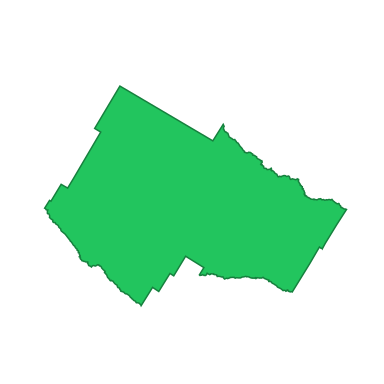 Rauch, Buenos Aires, Argentina, rotated 258°
{"feature_id": "61730980B69505463407693", "entity_name": "Rauch", "entity_type": "district", "adm_level": 2, "iso_a3": "ARG", "parent_name": "Argentina", "parent_adm1": "Buenos Aires", "projection": "mercator", "projection_center": [-59.036, -36.602], "detail": "fine", "context": "isolated", "style": "filled", "palette": "green", "viewbox_px": 384, "rotation_deg": 258, "n_neighbors": 0, "source": "geoboundaries", "source_scale": "gbopen_adm2", "svg_char_len": 5908}
<svg xmlns="http://www.w3.org/2000/svg" viewBox="0 0 384 384"><g transform="rotate(258 192 192)"><path d="M310.6,143.5L274.4,110.0L269.6,115.2L230.1,79.1L221.7,71.2L226.7,65.6L212.3,52.1L213.4,50.9L206.8,44.5L206.1,45.3L204.9,45.7L204.3,47.2L203.8,46.7L201.3,46.1L200.7,46.4L200.6,47.1L200.2,47.5L198.8,47.8L197.3,47.6L196.7,47.3L194.6,48.7L194.3,49.3L193.9,49.4L193.3,50.1L192.3,49.7L191.3,49.9L190.8,50.6L190.8,50.9L190.6,51.8L190.1,52.0L189.6,51.9L189.2,52.0L187.3,54.0L186.1,54.4L185.6,54.3L184.8,54.7L183.3,55.9L182.1,55.8L181.1,56.0L177.1,59.2L169.4,62.9L169.0,62.8L168.6,63.4L167.0,64.1L164.7,64.9L164.0,65.4L163.6,66.0L162.0,66.3L160.6,67.1L160.1,67.7L158.9,67.5L158.3,68.5L156.4,68.2L156.2,69.0L155.7,68.8L153.7,69.0L152.8,69.4L152.6,69.3L152.5,68.8L152.1,68.3L151.6,69.0L151.2,68.9L150.8,69.2L150.1,68.8L149.2,69.3L148.6,69.8L147.7,70.0L146.8,71.7L146.5,71.9L146.3,72.8L145.6,73.6L145.2,75.5L144.9,75.5L144.1,75.1L144.0,75.3L141.8,75.6L141.2,76.0L141.0,76.6L140.5,77.3L139.5,78.0L140.3,79.0L140.6,79.7L140.6,80.1L140.1,81.5L139.7,81.8L139.7,82.2L140.0,83.7L140.5,84.2L140.4,84.4L140.4,84.8L140.0,85.2L140.1,85.7L138.9,86.1L138.6,87.1L137.7,87.7L136.6,87.8L134.5,89.0L132.7,90.4L132.2,90.5L131.7,89.7L131.4,89.7L131.2,89.7L131.0,90.2L129.9,90.5L129.6,90.9L129.1,91.0L128.8,91.3L125.9,91.7L125.5,92.1L124.1,92.8L123.8,93.2L123.1,93.2L122.2,93.7L122.0,94.2L122.0,94.4L122.3,94.7L122.2,94.9L121.7,95.3L121.3,96.1L118.6,97.3L117.5,98.2L116.5,99.3L114.6,99.4L113.7,99.9L113.5,100.6L113.2,100.9L112.5,101.2L112.0,101.1L110.6,101.9L110.3,101.6L109.8,101.7L108.2,104.5L107.3,104.9L106.6,105.4L106.0,106.3L106.1,106.6L105.8,107.1L103.9,109.0L102.9,109.5L101.6,109.9L101.1,110.6L99.8,111.2L99.6,111.6L98.0,112.5L97.6,113.3L97.1,113.6L96.8,114.1L95.5,114.3L95.2,114.6L95.1,115.2L94.8,116.2L94.1,117.3L92.0,118.5L91.4,118.6L106.9,133.6L101.6,138.8L116.9,153.5L113.8,156.7L130.5,172.4L115.6,187.9L109.4,182.0L108.7,182.4L108.7,183.9L108.6,184.3L109.0,185.0L108.2,186.2L107.8,186.5L107.8,187.2L107.5,188.0L107.9,188.5L108.2,189.1L108.8,189.5L109.4,189.7L109.4,190.0L108.4,190.9L107.8,191.8L107.5,192.0L107.6,193.0L108.1,193.3L107.9,194.3L107.5,195.2L107.5,196.1L107.0,196.0L106.7,196.4L106.3,197.5L106.1,198.5L105.5,199.0L105.0,198.8L104.7,199.1L104.1,199.2L104.2,200.0L103.9,200.5L103.6,201.8L102.7,203.3L102.6,204.6L102.1,204.6L100.1,205.7L100.5,208.2L99.9,208.8L99.9,209.3L100.1,210.1L100.1,211.1L100.5,211.4L100.5,211.7L100.2,212.9L100.2,213.7L99.8,214.6L99.9,215.3L99.6,215.8L99.0,216.0L98.7,216.3L98.9,217.8L98.3,219.6L97.9,221.6L98.1,222.6L98.4,223.3L98.2,225.0L98.3,227.1L98.0,227.6L97.7,227.7L97.6,228.1L97.7,228.9L97.4,229.3L96.8,230.5L96.0,231.2L95.9,231.8L95.7,232.0L95.2,232.9L95.3,233.6L95.1,233.7L94.7,235.2L95.1,236.2L95.0,236.5L94.2,236.4L94.0,236.5L94.1,236.8L94.5,237.1L94.7,237.9L94.3,238.4L94.1,239.7L93.6,240.5L93.7,241.3L93.3,242.3L93.8,243.7L93.6,244.0L93.1,244.2L92.0,245.3L91.9,245.8L91.3,246.3L91.0,247.1L90.6,247.3L89.9,248.9L89.4,248.9L89.2,248.4L88.5,248.5L88.1,250.3L87.9,250.6L87.5,250.9L87.0,250.9L85.9,251.7L85.3,252.7L84.1,253.7L83.7,254.4L81.9,255.7L81.3,255.8L80.6,256.6L79.9,257.7L78.5,259.2L76.6,260.6L76.8,261.0L76.8,261.4L76.3,262.7L75.4,263.2L75.7,264.2L76.2,264.4L76.4,264.8L76.0,265.5L75.0,265.6L74.7,266.2L74.4,266.3L73.8,267.6L73.8,268.6L73.7,269.0L73.4,269.3L97.7,292.5L111.7,305.2L110.3,306.3L109.9,307.4L109.3,307.6L114.1,311.7L130.0,326.8L142.8,339.5L143.4,338.7L143.4,338.2L144.1,336.8L144.6,336.5L145.2,335.6L145.6,335.5L145.9,334.5L146.5,334.4L147.1,334.6L147.7,334.3L148.6,333.6L150.1,333.4L150.3,333.1L150.3,332.8L150.2,331.8L150.6,331.1L151.6,330.3L151.9,329.8L152.7,329.3L153.8,328.3L155.6,327.4L155.4,327.1L155.6,326.6L155.3,326.2L155.3,325.9L155.9,325.2L156.2,324.4L156.1,322.4L156.5,322.0L156.3,320.2L157.3,319.1L157.3,317.9L157.6,317.1L158.2,316.9L158.3,316.6L158.7,316.4L158.8,315.7L158.6,315.1L158.9,314.5L158.8,314.2L158.4,313.2L158.4,312.4L159.1,310.7L159.1,309.9L159.8,309.8L159.8,309.6L159.6,308.9L160.3,306.9L160.8,306.5L161.7,305.5L162.2,305.1L162.2,304.8L163.3,303.5L164.3,303.2L164.5,302.8L164.6,301.9L165.3,301.7L165.6,301.7L165.7,302.0L166.7,301.3L166.9,301.9L167.5,302.2L168.9,301.8L169.4,301.9L170.6,301.6L171.7,300.9L171.9,300.9L172.1,301.1L172.2,300.6L172.4,300.7L173.3,300.7L173.7,301.0L174.3,301.0L174.8,300.3L175.6,300.1L175.8,299.5L176.1,299.3L176.4,299.2L176.8,299.5L177.2,299.4L179.7,298.4L180.1,298.5L180.8,298.2L181.6,298.9L182.3,298.8L182.5,298.2L183.0,297.7L182.6,297.4L182.5,295.9L184.1,292.8L183.7,291.4L183.9,290.9L185.1,290.6L185.9,290.6L186.9,290.3L187.5,289.9L187.6,289.6L187.5,287.8L188.6,286.6L188.8,286.1L189.0,285.0L188.8,283.9L188.8,283.2L188.4,282.5L188.8,281.6L189.1,281.3L189.2,280.9L188.8,280.1L189.1,279.3L190.5,278.9L191.7,278.7L192.2,278.0L192.8,277.6L193.3,276.8L194.4,276.6L195.8,275.6L196.3,274.8L196.2,274.2L196.6,273.9L197.5,273.9L197.8,273.7L198.1,274.0L198.0,274.5L198.8,274.5L198.8,274.3L198.4,273.8L198.1,272.7L198.2,270.5L198.4,270.0L198.9,269.9L199.8,269.2L200.1,267.8L200.5,267.3L202.4,267.4L203.3,266.3L204.1,266.3L204.4,266.1L204.5,265.7L204.3,265.3L204.6,265.1L204.7,265.4L205.7,265.6L206.2,266.7L206.6,266.6L207.5,267.0L208.2,266.7L208.2,265.7L209.5,265.1L210.6,263.4L211.1,263.2L211.8,262.5L212.3,262.3L213.1,262.5L213.7,261.6L214.3,261.2L214.4,260.9L214.7,260.8L215.1,260.2L215.2,259.3L215.4,259.1L216.4,259.3L216.6,259.2L217.1,258.4L218.0,257.9L218.8,256.9L218.8,256.1L219.1,255.6L218.8,254.9L218.7,253.8L219.2,253.2L219.4,252.6L219.8,252.1L219.9,251.6L220.8,251.8L222.6,250.5L224.3,250.0L227.0,248.4L230.2,247.3L230.9,246.3L231.6,245.9L232.4,245.8L232.8,245.3L234.4,244.8L234.7,243.1L235.2,242.6L236.1,242.1L236.7,241.2L237.5,240.5L238.0,239.8L242.0,239.3L242.5,238.6L243.5,237.9L243.7,237.6L243.6,237.3L244.5,236.6L246.4,236.2L246.9,235.8L247.2,236.0L247.9,236.2L248.5,236.2L249.5,237.1L251.7,236.6L237.7,223.0L310.6,143.5Z" fill="#22c55e" stroke="#15803d" stroke-width="1.5"/></g></svg>